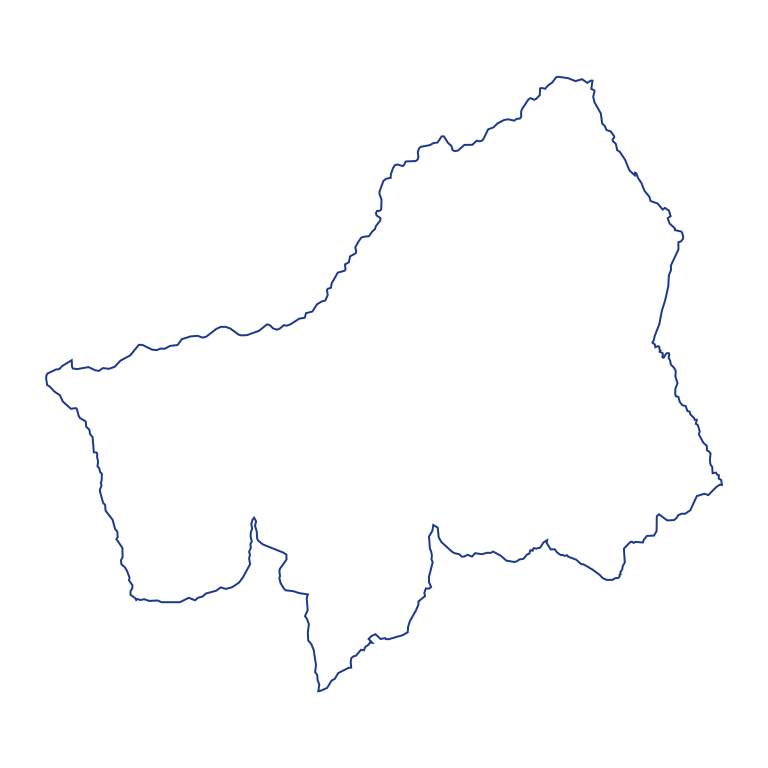 outline of Chaguarpamba, Loja, Ecuador
{"feature_id": "8360857B56169079883124", "entity_name": "Chaguarpamba", "entity_type": "district", "adm_level": 2, "iso_a3": "ECU", "parent_name": "Ecuador", "parent_adm1": "Loja", "projection": "natural_earth1", "projection_center": [-79.675, -3.85], "detail": "fine", "context": "isolated", "style": "outline", "palette": "blue", "viewbox_px": 768, "rotation_deg": 0, "n_neighbors": 0, "source": "geoboundaries", "source_scale": "gbopen_adm2", "svg_char_len": 6069}
<svg xmlns="http://www.w3.org/2000/svg" viewBox="0 0 768 768"><path d="M670.6,216.1L668.9,210.6L664.9,207.9L662.7,209.6L657.6,203.5L650.5,201.0L649.4,196.8L644.5,190.8L641.5,183.2L638.0,177.9L636.2,173.1L635.1,172.7L634.8,175.3L629.5,170.5L625.1,159.8L619.7,151.7L617.2,150.2L615.9,144.0L612.7,140.9L612.7,139.2L614.1,137.6L614.2,136.3L610.8,131.5L606.5,130.0L604.7,125.9L602.2,123.6L600.8,113.4L594.4,102.1L593.2,96.6L594.6,91.1L593.9,90.0L591.3,89.0L592.5,80.7L590.8,80.6L587.3,82.9L582.1,79.2L575.5,81.1L568.2,78.2L558.6,76.8L556.2,77.2L552.3,82.4L548.1,85.4L545.1,88.8L541.9,88.0L540.1,88.4L539.8,95.1L536.3,98.7L534.2,99.8L530.6,98.1L528.5,99.3L522.0,109.1L521.1,111.8L521.2,116.9L519.9,118.5L516.6,118.9L514.3,120.6L508.0,119.3L504.1,120.0L497.4,123.5L493.6,127.3L488.1,129.4L483.3,139.3L481.9,140.7L479.4,141.3L476.8,140.6L472.3,144.8L464.4,144.9L457.9,150.6L454.7,151.1L452.6,150.1L451.4,145.9L448.0,142.9L443.9,136.4L441.6,136.4L437.6,142.5L433.4,143.1L429.9,145.1L420.8,146.8L419.1,148.3L417.8,152.0L418.4,157.1L417.8,159.4L415.8,161.0L405.7,161.5L404.0,165.1L402.8,166.1L397.5,164.5L395.0,165.1L393.1,168.0L390.9,174.1L390.6,177.9L386.1,178.8L383.4,180.9L379.6,191.4L379.4,193.8L381.5,199.6L381.2,209.4L379.6,210.9L377.0,211.0L375.9,213.3L376.7,215.6L380.4,218.0L380.3,220.5L375.8,226.2L375.0,229.0L372.2,231.6L368.9,236.2L362.9,236.9L361.3,237.7L358.5,241.5L355.2,247.5L356.2,250.8L355.8,253.2L350.0,256.4L348.9,262.3L345.0,264.4L345.5,269.6L344.4,270.8L337.8,272.6L331.7,283.3L330.9,287.8L327.9,288.7L327.0,289.8L327.7,295.1L325.4,300.4L321.3,301.7L317.0,304.3L312.4,311.5L306.0,313.2L304.8,317.7L299.1,318.7L290.7,324.2L286.9,325.7L283.8,325.2L280.0,328.4L277.0,329.7L272.9,328.3L270.3,325.5L267.1,324.3L259.0,330.8L247.1,335.1L241.6,335.4L238.7,334.7L230.3,328.5L225.4,326.8L220.6,326.9L216.2,329.0L206.2,336.7L202.7,337.6L197.5,335.8L190.6,336.4L181.8,339.2L177.6,345.0L170.2,345.9L164.8,348.7L160.2,348.7L156.7,350.1L152.3,349.7L142.3,344.9L138.8,344.9L130.2,355.4L120.5,360.6L114.7,366.8L109.0,368.8L102.9,368.1L98.9,370.9L95.0,370.2L88.5,367.1L77.0,369.1L72.8,368.5L72.0,366.6L71.7,360.2L61.9,366.2L59.4,369.1L56.0,369.5L47.7,373.4L46.5,375.2L46.1,378.3L47.1,384.9L50.1,386.9L54.4,391.6L59.9,395.2L62.8,401.5L70.9,408.8L75.9,408.1L76.8,408.9L78.8,416.2L80.1,418.1L85.7,421.4L86.2,426.7L89.4,429.8L90.0,434.0L92.6,437.2L93.8,452.3L96.3,452.5L97.2,453.3L97.1,457.3L98.1,461.3L97.5,466.3L99.3,468.2L100.0,471.9L101.9,473.9L101.6,480.7L100.8,483.1L101.6,485.2L99.8,490.1L100.0,491.6L103.1,502.8L105.1,504.9L105.6,510.7L112.6,519.8L115.1,529.0L117.3,531.7L117.7,537.1L116.4,539.1L122.4,547.9L122.6,557.2L121.0,560.2L121.2,562.9L121.5,564.5L124.5,566.9L126.9,570.6L129.5,577.5L129.0,580.4L132.5,585.4L132.2,588.4L130.5,591.2L130.5,594.8L135.4,598.3L136.2,600.0L137.1,599.0L140.5,600.0L144.2,599.2L149.0,600.9L157.7,600.5L161.5,602.2L179.9,602.2L188.8,597.8L195.1,600.3L197.9,597.8L202.9,596.4L205.7,593.6L216.2,590.7L220.7,587.4L226.0,588.9L232.2,587.2L239.0,582.6L242.9,577.4L250.1,564.2L249.1,558.4L250.0,554.7L249.1,551.8L250.8,547.8L250.4,544.0L251.8,541.6L250.6,536.5L250.8,532.1L252.1,528.9L251.3,523.8L252.6,519.6L254.1,517.7L256.1,521.3L255.0,525.9L256.7,531.2L257.2,538.9L258.3,540.7L262.8,544.4L283.3,552.6L286.4,554.6L286.5,559.5L279.8,569.0L279.4,570.9L280.0,576.3L279.3,577.7L280.6,583.2L283.8,588.5L285.7,590.3L293.5,591.2L298.7,593.0L308.0,594.5L306.9,596.8L306.8,599.5L307.7,610.1L305.0,616.2L306.9,618.8L308.9,624.2L307.8,632.4L308.2,640.4L311.4,644.3L313.7,650.0L316.0,665.1L315.1,672.0L317.2,674.9L317.6,680.0L319.3,684.6L318.3,691.2L320.9,690.7L327.1,687.9L331.6,680.6L334.8,678.8L338.2,673.1L348.4,667.9L351.2,667.6L350.7,662.0L351.3,658.1L353.4,656.4L355.9,655.7L361.0,649.8L363.9,650.3L365.2,647.1L368.8,644.5L369.9,642.5L372.3,642.8L368.6,639.0L371.5,636.0L375.5,634.2L380.5,639.0L385.0,638.1L385.8,639.1L388.7,639.2L402.6,635.2L407.7,632.3L408.1,626.9L409.8,621.3L416.1,610.1L418.4,604.7L418.5,601.4L425.0,596.1L424.4,592.8L425.8,588.5L429.2,588.5L431.1,587.0L429.0,582.2L429.0,576.7L432.7,562.2L431.5,559.4L431.9,555.5L431.2,551.7L429.9,548.5L429.0,536.5L432.4,530.7L433.3,525.0L437.7,527.6L438.7,537.4L441.4,542.0L451.3,551.1L454.0,553.0L459.4,554.3L461.6,556.6L464.0,556.6L467.6,554.8L472.0,556.6L475.1,553.2L481.8,554.2L487.0,552.8L490.7,552.9L493.1,551.6L500.9,555.8L506.3,560.6L514.4,562.0L517.0,561.3L519.2,559.5L523.5,558.8L527.0,554.5L529.3,553.7L530.3,550.3L532.7,550.7L533.0,548.9L534.0,548.1L536.1,548.7L540.2,547.6L543.5,542.4L547.1,540.2L546.6,542.8L550.7,549.4L554.8,549.3L557.0,552.4L560.8,555.1L562.7,554.9L564.5,555.9L567.3,555.3L568.1,556.6L576.2,559.7L581.0,564.0L583.6,564.4L592.2,569.4L599.7,574.9L602.7,578.1L606.7,579.9L612.7,579.9L614.8,578.3L618.3,577.9L619.5,576.7L619.7,574.7L620.6,574.3L620.4,572.1L622.3,569.3L622.7,566.1L624.8,562.5L623.9,548.7L630.3,542.0L631.8,541.7L633.6,542.9L635.2,541.9L642.8,542.5L644.0,539.5L647.0,535.9L654.0,535.6L656.6,531.1L656.8,516.2L659.0,514.3L667.2,520.4L674.0,520.1L676.4,518.2L678.3,515.1L682.2,513.6L684.8,513.9L690.3,510.3L696.8,496.1L704.4,493.7L708.3,495.1L716.4,486.9L719.7,484.8L721.9,484.9L721.2,480.0L718.7,478.5L718.9,475.3L717.4,474.8L715.9,472.6L712.6,473.2L712.2,466.9L710.5,464.6L709.9,460.4L710.5,453.4L709.0,451.4L707.1,450.5L706.7,445.7L703.4,442.8L698.9,434.5L699.7,431.2L697.8,425.0L695.8,423.8L696.8,419.8L694.8,419.8L694.0,418.0L690.4,414.5L689.6,411.6L687.4,411.0L685.7,406.0L682.3,405.2L679.7,401.8L678.3,396.8L675.9,396.3L675.2,393.7L675.4,388.7L677.5,383.2L675.4,376.6L675.7,370.9L673.9,367.6L670.8,364.5L670.2,360.7L668.6,357.8L669.3,354.8L668.9,353.3L667.6,353.0L666.0,353.8L663.9,357.5L663.0,357.7L662.3,356.9L662.9,354.9L662.6,353.1L659.6,351.7L660.5,350.4L659.5,349.1L659.2,346.6L657.5,346.2L655.3,347.2L654.8,344.4L652.4,342.6L653.8,340.2L654.6,336.3L659.3,324.2L661.8,311.0L665.1,300.5L668.3,286.3L668.9,275.4L671.0,270.0L670.9,265.5L678.4,249.5L678.4,242.2L681.0,241.4L683.0,238.8L683.3,237.2L682.1,232.5L681.1,231.5L674.9,230.1L674.9,228.4L669.5,223.4L667.7,218.3L670.6,216.1Z" fill="none" stroke="#1e3a8a" stroke-width="2"/></svg>